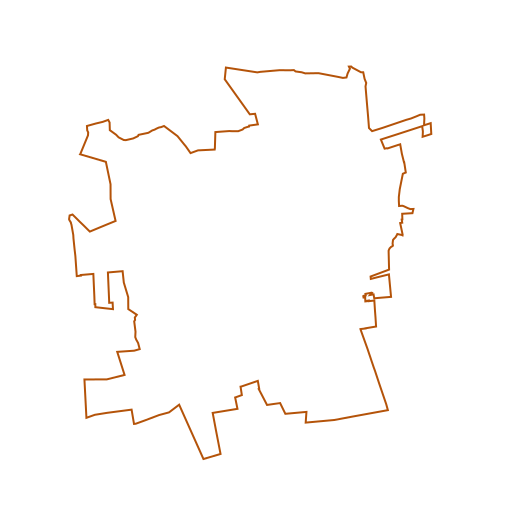 outline of Cansahcab, Yucatán, Mexico, rotated 80°
{"feature_id": "50627088B59546210151388", "entity_name": "Cansahcab", "entity_type": "district", "adm_level": 2, "iso_a3": "MEX", "parent_name": "Mexico", "parent_adm1": "Yucatán", "projection": "equal_earth", "projection_center": [-89.082, 21.167], "detail": "fine", "context": "isolated", "style": "outline", "palette": "amber", "viewbox_px": 512, "rotation_deg": 80, "n_neighbors": 0, "source": "geoboundaries", "source_scale": "gbopen_adm2", "svg_char_len": 3493}
<svg xmlns="http://www.w3.org/2000/svg" viewBox="0 0 512 512"><g transform="rotate(80 256 256)"><path d="M237.0,92.8L236.6,95.9L235.2,98.2L232.5,102.0L231.9,103.2L231.6,106.4L226.7,105.8L222.7,105.1L215.1,102.8L200.5,97.1L199.8,94.0L191.6,93.8L189.4,93.8L189.4,94.0L180.6,94.6L171.0,94.6L172.7,106.4L172.9,107.8L172.6,108.4L172.6,110.7L163.0,112.8L162.0,105.6L160.4,93.9L157.0,69.8L162.1,70.0L164.1,70.4L167.5,71.2L166.9,66.4L166.3,62.2L155.5,60.9L155.6,61.7L155.9,63.8L156.4,67.8L149.7,66.3L145.9,65.9L145.4,69.8L146.3,73.7L147.5,79.5L148.0,84.4L151.8,109.1L153.2,120.0L149.6,122.5L138.2,121.4L124.5,120.2L108.0,118.7L104.7,117.4L100.4,118.3L93.7,118.5L93.3,120.7L92.4,121.8L87.3,128.3L85.9,129.4L85.6,131.6L87.9,131.0L92.2,134.1L95.9,135.9L95.7,139.5L93.9,144.0L86.8,162.7L84.7,175.8L83.0,179.1L81.1,185.0L79.5,186.4L79.0,190.4L77.1,200.5L75.4,219.7L75.4,222.8L65.2,252.9L76.5,256.1L115.4,237.5L115.8,232.2L126.7,231.3L126.4,240.1L127.3,240.4L127.4,242.0L127.9,245.4L129.1,247.2L130.0,251.8L128.9,258.2L128.7,258.8L128.3,260.8L127.6,267.5L126.9,274.5L142.8,277.8L144.0,278.2L141.9,294.8L143.3,302.6L136.2,305.9L135.6,306.2L133.9,307.2L124.3,312.5L112.0,324.0L112.6,327.1L112.6,329.1L112.9,330.5L113.4,332.3L113.8,333.4L114.1,334.7L114.3,336.3L115.8,340.1L116.0,340.9L116.3,350.6L117.5,351.5L118.9,356.5L119.3,364.1L118.8,366.1L115.3,370.7L112.3,372.7L106.7,378.1L99.1,377.0L96.3,377.9L97.3,383.7L97.7,390.6L98.6,399.9L103.0,400.4L105.1,399.8L108.0,400.5L125.2,411.4L125.3,411.5L137.2,387.5L160.1,386.8L174.7,389.3L197.1,388.2L199.2,397.9L200.9,405.6L203.1,415.4L200.6,417.2L195.9,420.5L191.4,423.8L189.2,425.3L183.3,429.5L183.7,432.5L187.3,433.7L188.4,433.5L190.8,432.5L191.0,432.6L193.3,432.3L198.3,432.3L203.6,432.3L206.9,432.7L217.9,433.5L223.1,433.8L224.7,433.9L244.7,436.0L244.9,431.8L244.3,431.8L245.4,419.3L267.6,422.2L275.4,423.3L275.5,422.6L278.5,423.1L283.5,406.1L277.0,405.3L276.6,408.7L273.8,408.3L246.5,404.7L247.8,390.0L259.2,390.8L274.3,389.0L286.1,391.0L293.2,383.6L295.5,386.0L298.0,386.2L299.2,387.3L309.6,387.8L314.9,389.0L317.5,388.5L321.2,387.2L327.5,386.7L328.1,392.4L326.3,409.3L350.3,406.1L351.6,424.4L347.8,446.4L385.9,451.1L384.4,442.3L384.6,429.8L385.7,405.2L400.2,405.3L400.3,403.5L398.6,393.8L395.8,379.0L394.9,368.8L389.1,357.5L446.8,343.0L444.8,325.3L420.8,325.7L403.0,325.9L403.3,300.8L391.7,301.1L391.6,300.4L390.5,294.1L382.0,293.9L382.0,293.6L382.0,293.2L379.3,275.9L387.4,275.9L387.5,276.4L404.6,271.0L405.0,257.8L416.5,254.5L418.3,233.4L422.7,234.5L428.7,236.0L431.1,207.3L430.9,188.8L430.7,152.9L424.5,153.5L418.7,154.4L403.2,156.8L389.5,158.8L386.2,159.4L383.5,159.8L379.0,160.5L374.8,161.1L372.3,161.5L366.9,162.3L346.5,165.8L346.1,165.8L346.4,160.7L346.2,160.7L346.3,150.0L337.4,149.0L330.3,148.3L320.4,147.2L320.1,152.5L319.6,152.4L319.6,152.9L319.4,152.9L319.4,154.3L319.8,154.4L319.7,156.2L315.7,155.7L315.6,157.3L314.6,157.3L314.6,156.0L313.9,156.4L313.8,154.8L312.3,154.8L312.2,148.5L312.4,148.2L314.2,150.4L314.2,146.9L318.2,146.9L318.5,143.1L318.6,142.0L319.2,135.5L319.7,130.1L312.1,129.5L297.2,128.3L298.0,140.2L298.5,146.9L296.1,146.7L292.5,127.3L287.1,126.5L274.5,124.6L273.6,124.4L272.5,123.7L271.7,123.1L270.5,121.4L269.9,119.7L269.6,119.4L268.8,119.3L267.8,119.4L266.3,119.0L264.4,118.4L263.9,118.2L263.0,117.1L261.7,115.2L260.2,114.0L259.7,113.5L258.9,113.0L260.6,108.8L261.1,108.1L260.5,107.9L248.6,108.3L248.6,106.2L245.4,106.2L245.4,105.5L239.8,104.7L241.0,94.5L237.0,92.8Z" fill="none" stroke="#b45309" stroke-width="2"/></g></svg>